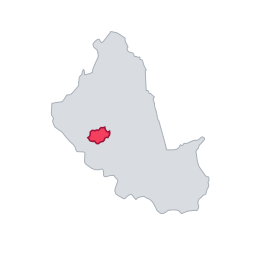 location of Bam within Burkina Faso, rotated 255°
{"feature_id": "BFA-2811", "entity_name": "Bam", "entity_type": "Province", "adm_level": 1, "iso_a3": "BFA", "parent_name": "Burkina Faso", "parent_adm1": "", "projection": "orthographic", "projection_center": [-1.569, 13.448], "detail": "fine", "context": "in_parent", "style": "filled", "palette": "rose", "viewbox_px": 256, "rotation_deg": 255, "n_neighbors": 0, "source": "natural_earth", "source_scale": "10m", "svg_char_len": 3960}
<svg xmlns="http://www.w3.org/2000/svg" viewBox="0 0 256 256"><g transform="rotate(255 128 128)"><path d="M189.2,159.4L182.8,159.7L180.5,160.5L179.1,160.5L179.1,159.9L178.9,159.6L170.9,157.7L165.2,156.5L159.5,155.3L159.2,156.5L158.4,157.3L157.2,157.3L156.3,157.2L155.7,158.1L154.8,159.3L153.5,159.9L152.2,160.7L151.5,161.3L150.9,161.4L149.6,159.8L147.9,159.7L144.7,159.9L143.2,159.5L141.2,159.3L136.5,159.6L129.0,159.0L127.8,159.3L127.4,159.6L120.0,159.7L111.8,159.8L105.0,159.8L99.0,159.8L99.0,159.6L97.1,159.5L96.8,160.0L95.1,166.3L94.9,169.7L95.8,171.8L96.8,173.2L98.0,173.8L98.1,174.5L97.2,175.5L97.2,176.5L98.3,177.5L98.6,178.6L98.0,179.8L98.1,182.5L98.9,186.9L98.9,189.7L98.2,191.0L98.5,193.2L100.0,196.3L100.2,197.6L99.7,198.3L98.5,199.1L97.2,199.0L95.8,197.1L95.2,196.3L94.0,194.4L93.0,192.4L91.7,191.6L90.3,190.8L88.8,188.4L87.2,187.2L85.6,187.5L83.2,187.0L78.3,186.4L73.2,186.5L71.0,187.1L68.9,187.9L63.5,189.8L61.3,190.8L59.7,193.2L57.9,193.1L56.0,192.3L54.9,191.2L52.4,191.4L50.1,190.3L47.8,188.1L46.1,187.4L44.0,185.9L43.4,182.9L42.1,180.9L40.8,178.0L39.0,176.7L36.8,176.0L33.9,176.1L31.9,174.9L30.4,173.2L30.9,171.8L31.6,169.7L31.7,167.7L32.2,164.6L31.9,160.5L31.4,157.7L33.1,156.6L35.0,155.6L36.2,153.7L37.5,149.4L38.0,145.8L37.7,144.4L37.1,143.3L36.6,141.7L36.3,139.7L36.7,138.1L38.1,136.5L39.9,135.2L41.2,134.6L44.6,134.0L48.8,133.1L51.2,132.0L53.0,130.9L54.0,130.1L55.0,128.3L56.7,126.9L57.9,125.5L58.2,121.6L58.2,119.4L57.3,118.1L56.8,117.1L63.0,114.1L63.1,111.9L62.2,109.5L61.0,107.6L60.6,105.9L62.3,103.9L63.9,102.5L65.0,101.2L67.5,99.3L70.0,98.9L72.3,99.6L79.1,104.2L80.2,104.5L81.6,104.1L83.4,103.0L85.8,102.1L86.7,99.0L86.6,94.6L87.1,92.6L88.4,92.2L92.3,93.1L93.3,93.1L94.4,92.9L95.2,92.1L95.2,90.6L95.1,89.4L96.3,85.3L98.7,82.2L103.4,78.3L104.8,77.6L106.5,77.2L114.9,79.9L116.3,79.2L118.4,72.6L120.6,72.0L123.4,71.9L125.1,71.3L126.1,70.9L130.0,68.4L137.1,64.9L140.8,63.5L141.6,62.9L144.3,60.5L147.8,57.7L150.1,57.2L153.3,56.9L155.3,57.4L155.8,58.2L156.5,58.6L160.6,57.4L166.5,59.2L171.6,61.0L171.3,62.2L171.3,64.3L170.9,67.5L170.4,71.4L172.5,74.0L175.1,76.7L175.8,77.7L175.1,80.4L175.6,82.0L177.0,84.6L179.3,87.9L181.7,91.3L183.3,91.8L184.8,92.0L185.8,92.6L187.1,93.2L188.5,93.6L189.7,94.3L190.5,95.1L191.5,97.2L194.1,98.5L196.0,99.9L195.3,100.6L193.0,100.3L190.8,99.8L190.5,100.8L190.5,104.7L190.8,107.9L191.3,108.3L193.5,108.9L198.8,113.0L203.5,116.9L205.1,117.9L207.7,118.3L210.6,118.4L211.9,118.0L214.7,116.0L216.2,115.8L217.5,115.8L218.3,116.1L219.7,117.7L221.0,120.2L221.4,122.0L221.3,123.0L220.8,123.3L218.5,123.8L217.5,124.2L217.3,124.8L217.7,126.0L218.1,126.8L220.7,130.3L224.4,135.0L225.6,136.2L225.0,137.7L223.1,141.4L221.8,143.0L215.7,148.4L212.7,147.8L206.3,149.0L205.4,147.8L203.9,147.6L202.0,147.9L201.4,148.3L201.2,148.9L200.5,149.6L199.4,151.7L198.5,152.3L197.4,152.6L196.0,152.6L195.2,152.9L195.2,153.9L194.9,154.8L194.0,155.3L193.6,156.3L193.7,157.3L193.2,157.8L192.0,157.5L191.2,157.3L190.6,158.5L189.8,159.4L189.2,159.4Z" fill="#d9dde1" stroke="#a8b0b8" stroke-width="1"/><path d="M126.4,108.5L126.0,108.3L125.6,107.8L125.1,107.2L124.1,106.3L124.0,106.2L124.0,105.9L124.3,105.4L124.5,104.9L124.5,104.2L124.3,103.5L123.9,102.7L123.3,102.3L122.7,102.3L122.5,101.8L122.0,101.2L121.6,100.7L121.5,100.1L121.6,97.6L120.6,95.6L120.6,95.1L120.9,94.0L121.7,93.3L122.7,92.8L123.7,92.5L124.2,92.1L124.2,91.4L124.0,91.1L123.9,90.9L125.1,88.5L126.1,87.7L127.1,87.6L129.0,86.6L129.3,87.1L129.6,88.3L130.5,89.3L131.9,89.9L133.1,90.2L133.9,90.5L134.0,90.7L134.8,92.1L135.0,92.9L134.6,94.0L134.3,94.7L133.9,95.1L133.9,95.7L134.3,96.8L134.0,97.8L133.4,98.6L133.8,99.6L134.7,100.7L135.4,102.0L135.2,102.7L134.8,103.5L134.7,104.1L134.9,105.2L134.8,105.9L134.0,105.7L132.9,105.7L131.6,106.0L130.2,106.5L129.4,107.3L129.3,108.1L129.8,108.9L129.8,109.4L129.6,109.4L128.5,109.3L128.1,109.1L127.7,108.7L127.4,108.8L127.2,108.9L127.0,108.6L126.9,108.4L126.7,108.4L126.4,108.5Z" fill="#f43f5e" stroke="#9f1239" stroke-width="1.5"/></g></svg>